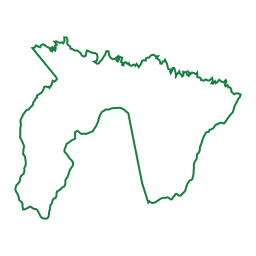 the district of Juvenília, Minas Gerais, Brazil
{"feature_id": "56859067B33554639840429", "entity_name": "Juvenília", "entity_type": "district", "adm_level": 2, "iso_a3": "BRA", "parent_name": "Brazil", "parent_adm1": "Minas Gerais", "projection": "equal_earth", "projection_center": [-44.1, -14.399], "detail": "fine", "context": "isolated", "style": "outline", "palette": "green", "viewbox_px": 256, "rotation_deg": 0, "n_neighbors": 0, "source": "geoboundaries", "source_scale": "gbopen_adm2", "svg_char_len": 5145}
<svg xmlns="http://www.w3.org/2000/svg" viewBox="0 0 256 256"><path d="M134.1,64.6L132.7,64.9L131.6,65.9L129.2,64.9L128.8,63.1L127.2,63.8L126.3,62.4L125.0,62.3L123.7,63.7L123.4,65.4L122.1,64.9L122.5,62.7L120.9,61.9L121.7,59.7L122.1,57.6L120.5,57.3L119.1,56.5L119.1,59.4L117.8,61.5L116.5,60.4L117.4,56.8L114.7,58.9L112.6,59.2L110.6,57.8L109.3,55.6L108.4,51.2L106.2,51.3L105.2,54.8L103.6,56.8L101.5,60.3L99.8,61.6L98.9,63.3L97.3,63.8L94.2,61.7L96.4,61.1L97.1,59.8L97.6,57.1L96.9,54.3L95.4,53.2L91.6,52.6L88.9,51.3L87.0,50.5L86.3,52.3L85.7,55.8L83.6,56.6L81.7,55.2L80.5,53.1L77.5,50.5L75.0,50.6L72.0,48.9L70.5,48.6L70.2,46.6L67.7,44.7L67.1,42.7L67.5,40.4L67.2,38.7L66.3,37.4L64.2,37.4L64.5,41.2L63.3,43.3L62.1,42.4L60.9,42.8L58.5,42.5L56.7,41.5L54.5,41.6L55.7,43.3L56.7,44.9L55.0,45.6L55.8,47.9L55.2,50.6L54.1,49.9L53.9,48.1L52.4,47.1L51.1,47.9L52.8,49.5L52.2,51.4L50.5,50.6L49.5,48.1L46.2,46.3L44.5,45.0L42.7,44.3L40.7,45.6L40.1,47.3L38.2,46.6L36.1,45.3L34.6,47.5L32.3,48.0L56.4,77.5L56.9,79.3L55.2,80.9L54.0,81.7L52.6,80.8L52.1,83.3L51.4,85.1L50.2,86.5L49.5,87.9L48.6,86.8L46.9,86.9L45.3,86.4L44.1,87.1L43.7,88.9L42.8,90.9L41.8,92.4L40.1,93.6L38.2,94.7L37.0,95.6L37.0,97.5L35.4,98.8L34.4,101.1L33.3,102.3L32.9,104.7L31.2,106.6L29.9,107.8L29.1,109.4L27.0,109.8L25.9,110.7L24.9,112.1L23.9,113.6L22.9,114.7L22.4,116.5L21.5,117.9L20.6,120.0L20.4,122.1L21.0,124.1L20.7,126.4L20.3,128.1L20.3,130.2L20.2,132.1L20.4,133.8L20.1,135.5L20.0,137.3L21.0,139.0L22.1,141.4L23.3,144.0L24.1,146.1L23.7,148.1L23.4,150.1L23.3,152.1L23.0,153.8L24.0,155.1L25.1,156.8L25.4,159.4L25.6,160.9L25.8,162.6L25.7,164.6L25.2,166.4L24.2,168.2L24.5,170.3L24.0,172.2L23.6,173.8L22.0,175.2L20.6,176.5L20.1,179.2L19.7,181.4L18.6,183.0L17.6,184.1L16.4,185.1L15.8,186.9L15.4,188.4L15.4,190.0L16.1,191.7L16.9,192.8L17.7,194.3L18.5,196.4L18.9,198.6L19.3,200.1L20.4,201.1L21.7,202.3L22.5,203.9L22.6,206.7L23.0,209.5L24.9,209.3L26.2,208.7L27.9,207.8L29.5,206.7L31.0,206.9L32.1,207.7L33.6,208.8L35.6,209.0L37.2,209.9L38.2,211.7L39.1,213.6L40.0,215.2L40.7,216.7L42.3,218.1L44.0,218.6L45.3,218.5L47.1,218.5L48.6,216.6L49.0,213.8L49.2,211.3L49.7,209.9L50.1,208.3L50.2,205.6L51.3,204.0L52.1,202.8L52.5,200.4L53.9,198.5L55.4,198.2L56.4,196.2L56.5,193.8L56.9,191.7L58.1,190.7L59.6,190.1L60.8,189.0L61.9,187.7L64.0,186.6L65.1,184.9L65.4,183.3L65.3,180.8L66.0,178.8L67.6,177.1L68.3,174.7L69.0,172.5L69.7,170.5L70.7,168.6L72.0,166.8L73.0,165.1L73.1,162.5L71.7,160.4L69.7,158.7L68.6,156.9L67.4,155.0L66.2,153.6L64.6,151.9L64.4,149.7L65.1,148.1L65.8,146.2L66.5,144.0L67.6,143.3L68.9,142.5L70.1,141.5L71.3,140.6L72.8,139.8L74.1,139.3L75.2,138.5L75.2,136.6L74.9,134.8L75.1,132.3L76.8,131.1L78.2,131.2L79.3,132.4L80.6,133.5L81.9,133.9L83.3,133.7L84.7,133.7L86.1,134.0L87.2,133.5L88.9,132.9L90.8,132.0L92.8,131.3L93.9,129.4L95.0,127.7L96.1,126.2L97.0,124.0L98.0,121.8L98.6,119.5L99.2,117.3L99.8,115.6L100.5,114.3L101.6,112.4L102.9,111.2L104.3,110.6L105.3,109.6L106.5,109.5L108.2,109.6L109.9,109.1L111.9,108.4L113.5,108.1L116.2,108.1L118.1,107.9L119.9,107.7L121.6,108.4L122.7,108.8L123.9,109.7L125.3,110.6L126.4,111.8L127.8,112.6L128.7,114.4L128.8,116.4L129.2,118.0L142.1,183.0L148.2,202.5L149.2,201.2L150.5,202.3L152.2,203.0L154.1,202.7L155.9,202.1L157.1,201.0L158.3,200.4L159.3,199.5L160.7,198.7L162.5,198.0L163.9,197.9L165.2,197.8L166.5,197.6L167.7,197.3L169.2,198.2L170.8,199.5L172.1,199.0L173.0,197.2L174.6,195.8L175.5,194.1L176.8,193.9L177.9,195.0L179.4,195.8L180.9,195.4L182.0,194.2L183.5,192.6L184.7,191.5L185.5,190.2L185.8,188.3L186.6,186.1L187.5,183.7L188.7,181.9L189.6,180.6L191.0,180.1L192.4,179.0L192.8,176.8L193.5,174.3L193.6,172.1L193.7,169.8L193.9,167.6L193.8,165.4L194.0,163.5L194.6,161.9L195.8,160.2L196.9,158.0L196.8,156.0L197.1,154.1L198.6,153.0L199.8,150.3L199.8,147.9L200.4,145.9L201.3,144.0L201.9,141.7L202.5,139.6L203.1,138.2L203.7,136.8L204.7,135.0L205.6,133.0L207.0,132.1L208.6,131.9L209.7,129.7L211.2,129.4L212.5,128.6L213.9,127.7L214.9,125.6L216.5,124.3L218.0,124.0L219.5,123.1L221.1,122.6L222.6,123.1L223.9,123.5L225.4,122.0L228.1,117.8L229.9,115.4L232.7,112.2L233.4,110.5L234.4,106.3L237.5,100.7L238.4,98.7L239.7,97.3L240.6,94.6L239.1,93.7L237.8,93.4L235.8,93.4L234.1,94.3L231.4,91.7L231.2,89.2L230.1,87.4L228.3,87.4L227.6,85.0L225.5,86.3L224.8,84.6L226.4,81.7L225.7,80.1L223.6,82.3L222.4,82.1L220.7,80.9L219.1,79.8L217.6,81.9L215.8,83.2L215.0,81.2L213.2,83.6L211.5,83.5L212.8,81.1L212.1,78.0L210.8,79.3L209.1,80.5L207.8,80.5L205.9,79.4L203.8,80.7L202.3,80.2L201.1,80.1L200.7,78.2L199.0,77.4L197.4,77.2L197.1,72.8L196.1,74.2L193.9,73.0L191.9,72.5L190.6,74.0L189.0,72.4L189.5,74.6L188.8,76.0L186.8,74.5L186.5,71.8L184.5,72.4L183.2,71.8L183.4,75.5L182.1,76.4L181.3,74.9L180.0,73.6L179.3,71.3L177.9,73.4L176.8,74.7L175.9,76.2L175.8,73.5L174.3,68.1L172.7,67.9L172.1,70.6L170.7,73.2L170.1,71.7L170.8,69.6L169.5,69.3L168.2,68.9L166.9,63.5L165.0,59.8L164.4,61.4L163.0,61.4L161.7,63.8L160.3,63.5L160.1,61.7L159.6,60.3L158.3,59.3L156.3,58.2L158.0,56.3L155.7,56.4L153.7,54.7L152.4,54.9L150.6,55.6L149.2,57.6L147.3,57.7L146.0,58.3L145.7,60.6L143.8,60.2L141.9,61.0L141.5,62.9L140.6,64.5L138.8,67.2L136.6,63.9L135.3,65.9L134.1,64.6Z" fill="none" stroke="#15803d" stroke-width="2"/></svg>